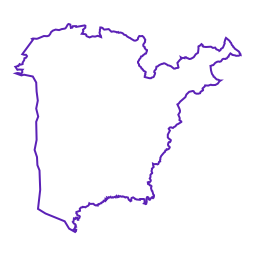 the district of Amansie West, Ashanti, Ghana
{"feature_id": "2480657B59515552665793", "entity_name": "Amansie West", "entity_type": "district", "adm_level": 2, "iso_a3": "GHA", "parent_name": "Ghana", "parent_adm1": "Ashanti", "projection": "orthographic", "projection_center": [-1.803, 6.438], "detail": "fine", "context": "isolated", "style": "outline", "palette": "violet", "viewbox_px": 256, "rotation_deg": 0, "n_neighbors": 0, "source": "geoboundaries", "source_scale": "gbopen_adm2", "svg_char_len": 5710}
<svg xmlns="http://www.w3.org/2000/svg" viewBox="0 0 256 256"><path d="M139.3,36.0L138.1,37.8L138.0,38.9L137.4,39.7L135.7,40.6L134.2,40.6L131.1,38.8L130.3,38.1L129.2,37.7L127.0,36.4L126.1,35.3L123.9,34.6L123.1,33.6L121.9,32.9L120.3,32.5L118.8,32.8L118.1,32.0L117.0,32.5L116.3,32.0L113.6,31.4L111.4,31.7L108.7,29.1L104.3,29.6L103.7,29.3L102.5,27.9L100.9,27.4L100.3,27.5L100.5,28.4L99.9,29.3L99.9,31.2L99.5,32.7L100.0,34.5L100.9,35.9L101.1,37.1L97.8,35.8L95.1,36.6L92.4,36.3L89.6,37.4L86.9,36.3L86.3,35.7L86.2,34.7L85.5,34.2L81.8,33.8L83.3,31.6L83.0,29.7L85.3,27.7L85.4,25.8L84.7,25.4L76.2,26.9L76.0,26.1L72.9,26.2L72.3,27.6L70.9,27.9L70.3,24.6L68.7,24.0L67.8,24.5L65.9,27.8L64.9,28.6L61.7,29.1L59.1,30.1L55.6,29.6L52.9,30.6L51.0,32.2L50.2,34.0L48.8,35.7L47.1,36.2L43.9,36.0L37.9,38.5L36.7,38.8L33.0,38.5L32.0,38.9L32.9,39.8L32.7,40.1L22.3,54.2L24.1,54.8L26.0,54.8L27.0,56.1L26.2,57.6L24.4,58.3L24.2,60.1L22.7,62.5L22.6,64.1L20.6,64.7L19.6,64.1L18.5,66.0L18.0,65.7L16.4,66.6L15.4,66.8L17.4,69.8L19.0,69.5L22.5,69.7L22.1,70.2L22.3,72.3L21.2,73.7L18.5,73.1L17.9,73.3L17.3,73.0L15.9,73.4L21.4,75.4L24.0,74.7L32.8,76.5L36.2,82.5L36.6,91.4L37.8,100.6L36.2,108.6L38.2,116.6L36.2,121.8L36.6,139.9L34.6,149.9L37.0,157.1L37.4,165.1L39.5,170.4L40.2,189.8L38.0,208.9L45.5,213.5L64.7,221.3L69.1,228.6L75.1,232.0L76.0,231.1L76.2,229.7L74.5,229.4L73.5,230.2L73.3,229.8L74.4,228.9L75.1,227.4L76.0,226.9L75.3,226.0L75.8,225.2L75.2,224.2L73.9,223.5L72.8,221.9L73.6,221.1L73.9,218.5L75.2,219.0L75.5,218.7L75.2,218.2L75.7,217.7L77.2,217.9L77.7,219.8L78.3,219.8L78.3,218.8L79.4,217.9L79.8,216.4L79.4,215.9L77.4,215.4L77.3,214.4L76.3,213.3L76.4,212.0L80.0,210.8L79.8,208.7L81.0,207.5L81.9,207.4L82.5,206.9L83.0,207.2L83.7,206.9L85.5,207.3L86.4,206.6L88.0,205.8L88.7,205.2L89.3,203.3L90.2,203.9L93.5,203.8L94.5,204.9L96.1,205.5L96.9,205.1L97.7,205.5L97.9,204.6L98.4,204.1L98.9,204.4L100.7,203.2L101.4,203.2L101.6,202.5L103.3,201.8L103.6,200.7L104.2,200.6L105.2,201.0L105.3,200.1L106.2,200.1L106.3,199.8L105.5,199.1L105.5,198.7L106.4,199.0L107.3,198.9L107.5,198.6L107.3,197.8L107.8,198.1L108.5,197.3L109.0,197.7L110.4,196.9L110.5,197.3L111.6,197.6L112.3,197.2L113.0,197.6L114.5,196.9L115.7,197.4L116.0,196.4L116.6,195.8L117.6,197.2L118.5,197.0L118.8,196.0L119.8,196.5L120.4,196.2L121.6,196.7L122.6,196.4L123.0,196.7L123.7,196.6L125.3,197.5L126.0,197.1L127.9,197.5L128.8,199.8L129.5,200.1L130.4,201.2L131.3,200.7L131.1,199.7L131.6,198.0L133.1,197.4L134.8,198.5L135.2,199.1L135.6,199.0L136.6,199.5L140.0,199.8L140.1,199.0L143.8,199.0L144.3,199.4L144.7,202.1L144.7,202.6L144.0,203.4L144.8,203.6L145.6,204.1L146.2,203.9L146.7,201.9L146.5,198.5L147.1,197.1L147.7,197.0L148.6,197.7L148.7,199.3L149.6,199.8L150.1,199.6L150.4,198.8L152.3,197.0L152.6,197.3L152.6,198.0L153.0,198.2L153.4,197.9L153.9,196.8L154.0,195.2L153.3,194.5L152.3,191.0L151.8,190.8L151.0,188.1L151.5,186.2L150.8,185.5L149.9,185.4L149.5,184.7L148.1,184.1L147.8,182.3L148.7,182.0L149.6,182.4L150.8,180.8L150.5,179.5L149.7,178.6L150.5,177.0L150.4,175.0L151.4,173.6L152.1,173.3L152.2,172.7L151.5,171.1L152.0,169.4L151.9,168.7L153.7,166.9L153.2,165.7L153.0,163.7L154.0,164.2L156.4,164.0L157.4,164.4L158.3,164.0L159.1,161.8L160.2,161.4L160.0,160.0L160.4,159.2L160.3,157.9L161.3,155.8L164.1,152.5L164.9,152.0L165.3,150.5L166.5,150.1L166.7,149.2L167.9,149.3L168.7,149.0L169.7,147.6L169.6,146.9L168.2,145.6L168.0,144.4L168.5,142.6L169.1,142.0L169.8,142.2L170.1,142.0L170.8,140.7L170.7,139.9L168.7,138.5L167.8,137.4L167.8,134.6L169.9,130.6L168.7,128.8L169.7,127.6L171.0,127.3L172.5,127.9L173.1,127.9L173.7,127.2L175.4,126.3L176.7,124.6L178.1,124.0L181.3,122.0L181.3,121.5L179.4,120.0L179.7,118.7L179.6,117.7L178.3,114.7L179.9,112.1L180.0,110.7L179.4,108.7L177.4,104.4L178.7,103.6L180.1,101.7L185.4,97.1L186.4,94.5L189.2,91.8L192.8,91.0L193.6,91.2L194.7,92.9L196.4,93.7L198.4,93.7L199.6,93.3L200.1,93.2L200.6,91.8L203.0,90.3L203.1,89.9L202.5,88.8L202.6,88.4L204.8,86.4L205.1,85.4L208.2,85.6L210.9,84.7L212.0,85.1L215.3,85.0L217.8,83.6L219.4,81.3L220.6,80.5L219.9,80.5L218.2,79.7L216.9,79.5L215.5,78.4L214.9,77.5L213.5,76.6L213.5,76.0L212.0,73.9L211.0,70.4L210.5,65.9L211.3,65.8L212.2,65.2L213.3,65.1L215.3,62.8L217.3,61.7L218.8,61.5L219.6,61.8L221.0,61.3L222.5,59.2L223.6,58.8L225.4,59.0L225.8,58.6L226.7,58.5L227.8,57.0L228.6,56.6L228.7,55.7L230.4,53.4L231.7,54.2L232.3,54.9L235.2,55.4L236.0,55.8L238.8,55.7L240.1,55.0L240.6,55.1L240.4,54.0L239.6,53.3L239.6,52.6L238.7,51.4L234.6,48.5L234.1,47.5L233.2,46.9L232.9,46.0L231.8,44.9L231.0,42.8L230.2,42.1L229.5,40.8L226.0,37.9L225.4,39.1L224.4,42.6L224.7,43.4L222.9,47.7L221.0,48.9L220.4,50.2L219.3,50.9L219.1,50.4L216.3,49.3L215.2,47.6L212.9,47.9L210.9,46.7L206.0,47.0L203.3,46.7L202.6,46.1L202.8,45.3L201.5,44.1L199.5,46.0L198.6,46.2L198.4,46.7L198.5,48.7L198.0,52.8L195.7,54.3L193.9,57.0L192.9,57.7L190.8,58.8L189.3,59.0L187.8,58.2L187.2,58.2L186.0,57.2L185.0,57.3L184.7,58.2L183.7,57.9L181.8,58.0L180.9,57.4L181.3,58.8L180.1,59.6L177.4,62.9L178.5,67.5L178.2,67.8L175.7,68.2L175.1,68.6L173.9,68.6L170.9,66.2L168.7,65.4L167.7,65.3L167.1,64.7L164.7,63.4L163.8,63.3L162.7,63.9L162.2,63.8L160.7,64.4L159.2,65.1L157.6,66.4L156.4,66.7L156.1,69.0L154.4,71.0L154.2,72.1L155.1,73.0L155.0,73.8L153.8,76.7L153.4,77.1L151.7,77.6L151.0,78.2L149.4,78.2L144.7,77.0L144.8,75.8L145.4,74.6L145.1,73.9L145.7,72.6L145.6,71.8L143.6,70.8L143.2,70.0L142.5,69.5L142.3,68.8L141.4,68.4L141.1,67.3L139.1,65.7L139.0,64.3L138.0,62.8L138.0,61.6L138.9,60.5L139.2,59.5L140.4,58.2L141.0,56.5L142.3,56.2L143.5,54.8L144.6,54.3L145.1,53.6L146.0,53.5L147.0,50.7L147.0,50.1L146.3,49.9L144.8,48.3L144.8,47.2L143.7,46.5L143.3,45.9L143.3,44.5L145.1,41.9L144.9,41.2L145.3,39.9L143.7,37.2L142.4,36.0L140.5,36.2L139.3,36.0Z" fill="none" stroke="#5b21b6" stroke-width="2"/></svg>